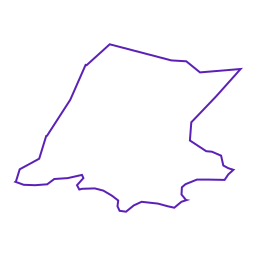 outline of Lidköping, Västra Götaland, Sweden
{"feature_id": "70781695B58829616428329", "entity_name": "Lidköping", "entity_type": "district", "adm_level": 2, "iso_a3": "SWE", "parent_name": "Sweden", "parent_adm1": "Västra Götaland", "projection": "equal_earth", "projection_center": [13.062, 58.573], "detail": "fine", "context": "isolated", "style": "outline", "palette": "violet", "viewbox_px": 256, "rotation_deg": 0, "n_neighbors": 0, "source": "geoboundaries", "source_scale": "gbopen_adm2", "svg_char_len": 769}
<svg xmlns="http://www.w3.org/2000/svg" viewBox="0 0 256 256"><path d="M109.7,44.3L86.6,65.2L85.6,64.9L70.3,99.7L47.0,135.8L46.2,136.0L39.2,158.7L19.7,169.3L16.0,181.3L15.4,181.8L23.7,184.8L35.1,185.2L47.2,184.3L54.3,179.0L67.8,178.1L82.0,174.9L83.4,178.1L77.0,185.2L79.3,189.5L82.0,188.8L94.8,188.4L103.3,190.6L111.8,195.6L118.2,200.5L117.5,206.3L119.6,210.8L126.0,211.7L133.8,205.4L141.6,201.8L158.0,203.6L167.9,206.3L174.3,207.7L181.4,201.8L186.5,200.1L186.0,200.0L181.5,194.5L181.9,187.3L185.5,184.2L196.9,179.6L208.7,179.6L224.6,179.9L228.3,174.4L233.4,169.8L228.3,168.2L223.3,165.5L221.1,155.7L211.9,151.7L206.2,151.2L189.9,140.5L191.3,122.3L216.0,96.5L240.6,69.0L200.0,72.4L186.3,61.3L171.3,60.4L109.7,44.3Z" fill="none" stroke="#5b21b6" stroke-width="2"/></svg>